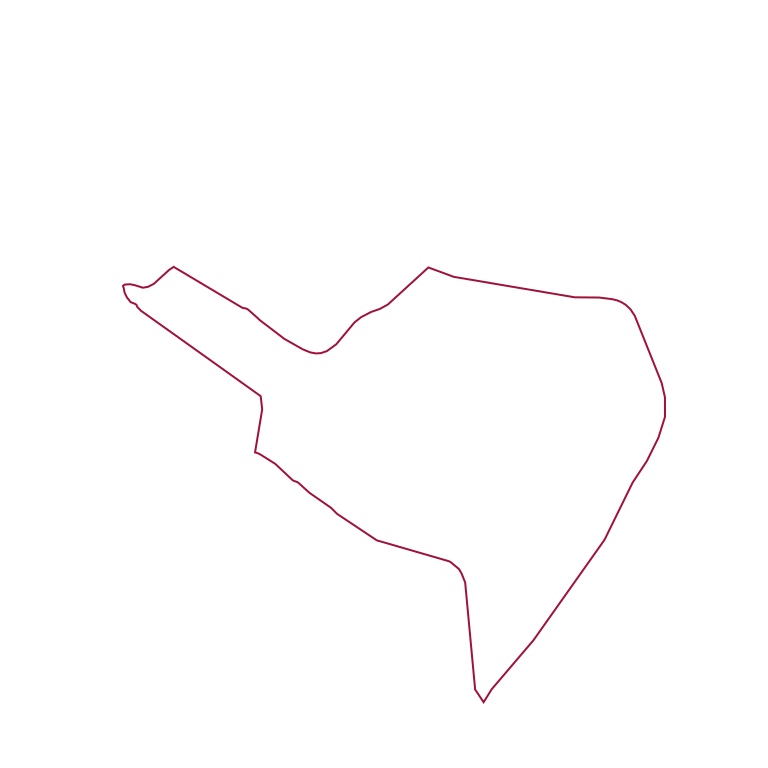 an SVG outline of Northern Bahr el Ghazal, rotated 215°
{"feature_id": "SDS-147", "entity_name": "Northern Bahr el Ghazal", "entity_type": "State", "adm_level": 1, "iso_a3": "SSD", "parent_name": "South Sudan", "parent_adm1": "", "projection": "mercator", "projection_center": [27.804, 8.898], "detail": "fine", "context": "isolated", "style": "outline", "palette": "rose", "viewbox_px": 768, "rotation_deg": 215, "n_neighbors": 0, "source": "natural_earth", "source_scale": "10m", "svg_char_len": 1258}
<svg xmlns="http://www.w3.org/2000/svg" viewBox="0 0 768 768"><g transform="rotate(215 384 384)"><path d="M450.4,254.0L469.2,293.3L478.0,303.3L551.6,304.0L625.1,304.6L625.3,304.6L625.5,304.7L627.9,305.2L629.2,305.3L630.8,305.9L632.0,306.8L633.0,306.9L634.2,306.8L635.7,306.4L637.1,306.1L638.5,305.7L639.9,306.1L641.5,306.8L643.3,307.1L645.0,307.9L648.3,309.7L649.8,310.9L652.2,313.3L654.0,314.5L654.0,315.3L653.3,316.8L649.5,319.9L645.4,321.8L636.7,324.6L633.0,328.3L630.0,334.0L625.5,354.1L623.5,359.3L543.6,365.2L543.2,365.4L540.6,366.6L538.8,367.0L537.0,366.9L524.9,365.5L523.0,365.1L491.5,363.8L470.4,365.8L462.5,367.6L457.3,370.0L453.5,373.0L449.7,378.1L445.9,389.1L443.5,417.5L441.1,425.6L435.9,435.6L430.4,443.2L426.4,451.4L414.5,504.9L388.3,511.8L277.5,564.4L257.4,578.2L245.9,584.3L241.1,586.2L236.5,587.2L231.4,587.5L225.1,586.6L217.7,583.7L157.0,544.0L146.2,534.2L135.0,518.3L128.4,497.4L124.5,471.8L123.8,445.9L114.0,382.9L114.6,259.8L120.7,195.9L119.9,180.5L134.1,186.0L168.9,227.0L203.7,268.0L211.8,273.3L216.4,275.4L227.0,276.3L229.0,276.1L300.2,251.8L347.9,250.7L356.4,252.2L382.7,252.1L397.7,254.0L398.8,253.9L402.6,252.9L403.6,252.8L427.3,256.2L445.5,255.3L448.5,254.7L450.4,254.0Z" fill="none" stroke="#9f1239" stroke-width="2"/></g></svg>